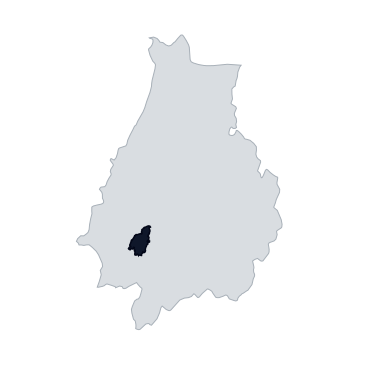 Zhlobin, Gomel, Belarus shown in context, rotated 107°
{"feature_id": "67162791B87321103764300", "entity_name": "Zhlobin", "entity_type": "district", "adm_level": 2, "iso_a3": "BLR", "parent_name": "Belarus", "parent_adm1": "Gomel", "projection": "natural_earth1", "projection_center": [29.946, 52.8], "detail": "fine", "context": "in_parent", "style": "filled", "palette": "ink", "viewbox_px": 384, "rotation_deg": 107, "n_neighbors": 0, "source": "geoboundaries", "source_scale": "gbopen_adm2", "svg_char_len": 8099}
<svg xmlns="http://www.w3.org/2000/svg" viewBox="0 0 384 384"><g transform="rotate(107 192 192)"><path d="M310.7,254.8L304.8,254.5L297.7,254.6L293.8,256.8L289.5,255.7L286.4,257.0L279.4,263.0L276.7,266.2L274.1,271.2L272.6,274.9L273.4,277.4L274.7,279.8L275.0,282.4L275.7,284.5L274.0,285.9L273.0,288.1L270.0,287.7L266.4,285.6L265.6,282.7L262.8,280.6L261.0,279.6L258.0,279.4L253.2,280.4L246.9,281.1L242.1,281.3L239.5,282.3L235.7,283.4L234.2,282.2L232.1,278.8L230.3,275.5L229.1,274.0L228.1,273.6L226.8,273.7L225.3,274.7L224.2,275.8L220.2,277.1L218.5,278.3L216.5,281.3L215.2,281.1L213.9,280.4L212.4,277.0L210.3,276.2L207.0,276.2L202.9,275.4L199.5,274.4L198.3,274.6L196.3,276.1L194.1,276.3L189.4,275.0L188.5,275.6L185.7,279.4L184.4,279.6L183.7,279.1L184.2,275.8L181.4,274.6L176.8,274.5L173.5,274.9L171.9,274.8L171.1,274.2L167.2,268.7L165.1,268.3L161.3,268.6L155.8,267.9L149.4,266.7L145.9,266.2L144.1,265.0L140.1,264.6L129.5,262.2L125.2,261.8L118.8,261.8L109.1,261.3L102.9,261.6L100.0,262.3L96.7,262.8L85.1,263.4L81.0,264.1L79.8,265.2L78.3,267.8L73.5,272.1L68.8,275.1L67.9,275.3L65.2,273.8L63.0,273.2L60.4,273.1L58.5,273.6L57.3,274.3L57.3,277.7L57.1,278.0L55.1,274.0L55.4,270.3L56.6,268.2L58.1,266.4L57.6,263.6L59.0,259.9L59.2,257.2L58.6,256.0L57.6,254.7L54.6,253.2L53.3,252.1L49.3,250.5L45.3,248.6L44.7,247.4L44.9,246.6L45.7,245.4L48.8,241.8L52.3,238.3L54.4,236.9L65.9,232.5L67.7,230.9L68.2,228.3L68.2,222.9L67.6,218.1L66.9,214.7L64.9,208.5L59.5,195.5L56.4,182.1L58.6,182.9L64.0,183.2L68.3,182.3L70.5,182.2L72.4,182.4L78.1,181.7L79.4,182.9L81.9,184.0L86.8,182.4L91.2,180.5L95.7,180.7L96.4,179.8L97.7,175.1L99.0,174.0L104.4,174.5L106.4,173.7L108.6,171.3L111.8,169.9L114.5,169.9L117.3,168.3L118.6,169.3L119.2,171.3L118.3,172.9L118.6,173.5L120.5,174.3L123.8,174.2L125.9,173.6L126.5,172.7L126.5,171.1L126.0,169.6L124.6,168.2L122.0,167.6L120.2,167.6L119.9,166.7L120.6,164.9L122.3,161.7L124.3,158.7L125.5,157.6L125.8,156.6L125.6,154.8L125.6,151.6L127.5,147.1L129.9,143.7L133.2,142.6L137.1,142.0L139.6,140.4L140.9,138.6L142.0,135.7L143.3,135.1L152.7,135.5L154.2,132.6L155.0,131.8L156.8,130.9L158.1,129.9L157.6,129.1L155.2,128.6L149.6,128.1L148.5,127.2L148.8,126.0L150.4,123.1L151.9,119.2L152.7,116.3L152.8,114.5L153.6,114.1L158.2,113.5L159.8,112.9L163.8,108.9L166.8,108.2L174.6,109.2L178.1,109.1L182.6,109.4L183.0,109.0L184.7,105.0L192.4,98.6L196.6,96.4L199.2,95.9L200.1,96.1L204.1,99.4L205.1,99.6L207.9,98.1L212.6,98.0L214.8,99.2L217.9,103.3L219.5,103.8L224.2,101.5L226.7,100.8L228.4,100.8L237.1,104.0L237.7,105.0L237.8,106.2L236.4,110.0L238.2,112.3L240.3,113.9L244.8,111.3L246.4,110.6L248.2,110.5L250.6,109.6L252.4,108.1L254.0,107.6L257.2,108.0L263.0,107.6L269.8,109.9L270.3,110.6L273.7,113.3L274.9,114.6L276.0,115.0L277.8,116.3L280.2,117.1L281.9,116.9L282.7,117.3L283.4,118.3L283.5,120.1L283.3,125.1L280.9,127.7L280.6,128.6L280.7,129.7L282.6,131.8L285.1,135.2L285.7,137.1L285.7,138.6L282.3,142.9L281.2,143.9L280.5,146.0L280.1,148.1L280.3,149.0L286.0,152.5L290.2,154.3L291.1,155.2L291.2,155.8L289.0,159.5L288.8,160.5L292.1,162.0L294.0,164.4L295.7,168.3L298.9,172.1L310.8,177.6L311.9,178.5L312.2,179.7L311.9,182.3L309.8,187.2L311.8,187.9L317.1,187.7L323.5,188.4L331.2,191.8L331.2,193.4L330.4,194.8L331.0,196.3L331.8,197.6L338.5,201.5L339.2,202.6L339.3,204.5L339.1,205.9L337.3,206.2L335.3,206.8L332.0,208.5L330.7,210.8L325.3,214.1L322.0,215.6L319.3,215.6L313.0,215.0L310.7,213.4L309.8,211.9L307.3,211.2L304.1,211.2L299.6,211.4L298.7,211.9L298.0,213.7L296.1,216.8L294.8,218.5L300.5,224.6L303.4,227.1L304.3,228.7L304.3,229.8L302.9,231.1L303.1,233.7L305.9,237.1L305.0,237.7L304.8,241.9L304.8,246.4L305.6,247.5L307.1,248.4L308.4,250.0L310.5,253.8L310.7,254.8Z" fill="#d9dde1" stroke="#a8b0b8" stroke-width="1"/><path d="M255.4,235.6L255.5,235.5L255.8,235.5L256.0,235.5L256.2,235.3L256.4,235.3L256.5,235.5L256.6,235.8L256.8,235.7L257.0,235.7L257.3,235.8L257.6,235.8L257.7,235.7L257.8,235.6L258.2,235.6L258.3,235.7L258.5,235.8L258.8,235.9L259.1,235.9L259.3,235.9L259.5,235.8L259.9,235.8L260.1,235.8L260.4,235.9L260.5,236.0L261.0,236.0L261.1,235.9L261.4,235.8L261.6,235.7L261.7,235.4L261.7,235.2L261.8,235.0L261.8,234.9L262.0,234.7L262.4,234.9L262.5,235.0L262.6,235.3L262.8,235.5L263.0,235.6L263.2,235.8L263.6,235.9L263.8,236.0L264.1,236.0L264.4,236.1L264.4,235.8L264.5,235.6L265.1,235.7L265.2,235.3L265.1,235.1L265.1,234.9L265.2,234.7L265.4,234.5L265.4,234.3L265.3,234.2L265.0,234.1L264.7,234.1L264.3,234.0L264.0,233.9L263.9,233.8L263.7,233.5L263.6,233.3L263.7,233.1L263.9,233.0L264.0,232.8L263.9,232.7L263.6,232.7L263.6,232.4L263.7,232.2L263.2,232.1L262.9,232.0L262.8,231.8L262.8,231.7L263.0,231.5L263.0,231.4L262.8,231.4L262.4,231.3L262.1,231.3L262.2,231.1L262.1,230.9L262.6,230.8L262.9,230.8L263.3,230.8L263.6,230.7L263.8,230.6L264.0,230.3L264.1,230.2L264.2,229.9L264.2,229.6L264.4,229.5L264.7,229.6L264.9,229.8L265.0,229.9L265.3,229.7L265.3,229.2L265.5,229.1L266.2,229.0L266.6,228.8L267.2,228.7L267.7,228.7L268.3,228.5L268.7,228.3L268.8,228.2L268.7,228.0L268.4,227.9L268.3,227.6L268.6,227.5L268.8,227.4L268.8,227.2L268.6,227.0L268.5,226.7L268.2,226.3L267.9,226.3L267.5,226.3L267.4,226.1L267.3,225.9L267.4,225.6L267.5,225.4L267.7,225.2L267.8,225.1L268.0,224.9L268.2,224.7L268.3,224.6L268.2,224.6L268.1,224.4L267.9,224.1L267.7,223.8L267.6,223.5L267.5,223.0L267.5,222.7L267.6,222.3L267.6,222.0L267.5,221.7L267.4,221.7L267.2,221.7L267.0,221.8L266.7,222.0L266.1,222.0L265.7,221.8L265.3,221.7L265.0,221.6L264.7,221.6L264.3,221.6L263.9,221.6L263.5,221.6L263.3,221.4L263.4,221.2L263.7,221.0L263.8,221.0L264.1,220.9L264.2,220.6L264.1,220.3L263.8,219.9L263.5,219.7L263.4,219.5L262.9,219.4L262.5,219.3L261.8,219.3L261.5,219.4L261.3,219.5L261.1,219.7L260.9,219.8L260.5,219.9L260.1,219.9L259.6,220.0L259.1,220.0L258.8,220.0L258.4,220.0L257.9,219.9L257.6,219.8L257.1,219.8L256.5,219.7L256.1,219.7L255.6,219.8L255.3,219.7L254.9,219.4L254.9,219.2L254.7,219.0L254.2,219.1L253.9,219.3L253.7,219.4L253.5,219.5L253.2,219.5L253.2,219.2L252.8,218.9L252.6,218.8L252.5,218.6L252.5,218.3L252.3,218.2L252.2,218.1L251.9,218.2L251.6,218.3L251.4,218.2L251.2,218.3L251.5,218.6L251.4,218.9L251.4,219.0L251.5,219.2L251.6,219.4L251.9,219.5L252.2,219.6L252.4,219.7L252.5,219.9L252.5,220.1L252.4,220.4L252.3,220.5L251.8,220.5L251.5,220.3L251.3,220.2L251.1,220.1L250.7,219.9L250.2,219.7L249.8,219.5L249.6,219.6L249.0,219.8L248.7,219.8L248.4,219.8L247.9,219.9L247.8,220.3L247.6,220.5L247.4,220.6L247.4,221.1L247.3,221.3L246.9,221.3L246.5,221.3L246.1,221.4L245.9,221.2L246.1,221.0L245.8,220.9L245.5,220.9L245.0,220.8L244.6,220.7L244.4,220.6L244.1,220.6L243.9,220.8L243.6,221.0L243.4,221.0L243.1,220.9L242.8,220.8L242.5,220.7L241.8,220.8L241.3,220.9L240.8,221.2L240.3,221.5L239.9,221.9L239.5,222.2L239.1,222.4L238.5,222.4L238.2,222.1L238.0,221.8L238.0,221.6L237.9,221.5L237.7,221.4L237.5,221.7L237.4,221.9L237.2,222.0L237.0,222.3L237.0,222.6L237.3,222.7L237.5,222.9L237.6,223.1L237.4,223.2L237.1,223.4L237.1,223.6L237.3,223.9L237.4,224.1L237.5,224.3L237.6,224.5L237.9,224.7L238.0,224.8L238.1,225.0L238.5,225.6L239.0,225.9L239.2,226.1L239.4,226.2L239.5,226.4L239.5,226.6L239.5,226.8L239.7,227.0L239.8,227.2L240.0,227.2L240.3,227.2L240.5,227.1L240.8,227.2L240.8,227.3L240.7,227.5L240.7,227.8L240.9,227.8L241.2,227.9L241.3,228.0L241.6,228.2L241.9,228.3L242.0,228.3L242.2,228.5L242.3,228.6L242.4,228.8L242.8,228.9L243.0,228.6L243.5,228.6L244.1,228.7L244.3,228.7L244.6,228.6L244.9,228.6L245.0,228.5L245.2,228.4L245.4,228.2L245.5,228.1L245.8,227.8L245.9,227.7L246.1,227.6L246.4,227.6L246.6,227.7L246.8,227.8L246.8,228.0L246.7,228.3L246.6,228.5L246.6,228.8L247.0,229.2L247.1,229.4L247.4,229.5L247.5,229.8L247.5,230.0L247.7,230.4L247.9,230.6L248.1,230.8L248.3,231.1L248.5,231.4L248.7,231.6L248.8,231.8L248.9,232.1L249.0,232.3L249.0,232.6L249.0,232.8L249.0,233.0L249.3,233.2L249.7,233.3L250.0,233.3L250.4,233.4L250.4,233.6L250.2,233.8L250.5,234.1L250.9,234.0L251.1,234.0L251.4,234.0L251.5,234.1L251.8,234.2L252.1,234.3L252.4,234.3L252.6,234.3L252.8,234.4L253.1,234.4L253.3,234.3L253.5,234.4L253.6,234.7L253.9,234.8L254.2,234.8L254.6,234.8L254.9,234.9L255.1,235.1L255.2,235.3L255.3,235.5L255.4,235.6Z" fill="#0f172a" stroke="#020617" stroke-width="1.5"/></g></svg>